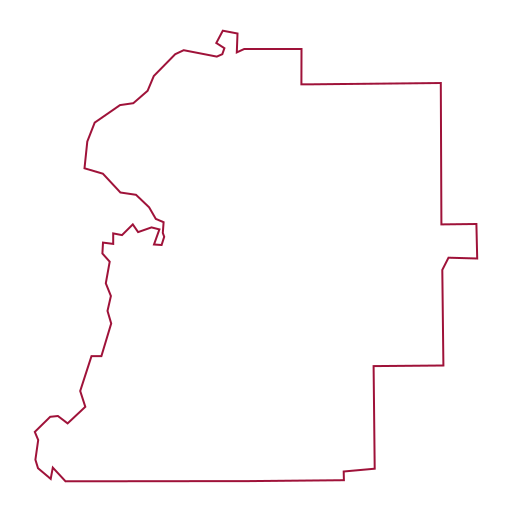 Marengo, Alabama, United States of America (Albers equal-area conic projection)
{"feature_id": "52423323B21011437681534", "entity_name": "Marengo", "entity_type": "district", "adm_level": 2, "iso_a3": "USA", "parent_name": "United States of America", "parent_adm1": "Alabama", "projection": "albers", "projection_center": [-87.905, 32.269], "detail": "fine", "context": "isolated", "style": "outline", "palette": "rose", "viewbox_px": 512, "rotation_deg": 0, "n_neighbors": 0, "source": "geoboundaries", "source_scale": "gbopen_adm2", "svg_char_len": 946}
<svg xmlns="http://www.w3.org/2000/svg" viewBox="0 0 512 512"><path d="M65.5,481.3L249.5,481.1L343.9,480.2L343.7,471.5L374.7,468.7L373.6,366.1L443.4,365.5L442.3,269.9L448.5,257.7L477.2,258.5L476.4,224.0L441.4,224.4L440.8,83.0L313.8,84.3L301.4,84.3L301.5,49.0L244.2,49.0L236.8,52.4L237.5,33.5L222.8,30.7L216.3,43.0L224.4,48.2L222.3,54.2L216.8,56.6L183.7,50.2L175.2,54.2L153.8,76.0L147.6,90.8L133.3,103.2L120.0,105.1L94.7,122.6L87.3,141.5L84.5,168.3L102.9,173.7L120.4,192.5L136.0,194.8L149.1,207.3L155.8,218.9L163.6,222.2L162.8,232.9L164.2,236.8L161.6,245.0L154.0,244.5L159.4,229.4L151.5,227.4L138.1,232.1L132.8,224.4L122.0,235.1L113.2,233.4L113.2,243.9L103.0,242.6L102.4,253.5L109.7,261.7L105.8,283.3L110.9,296.0L107.5,310.9L111.2,323.5L101.4,356.1L91.5,356.1L80.2,391.0L85.3,406.8L67.6,423.4L57.9,416.0L50.2,416.8L34.8,431.9L38.2,440.0L35.4,459.7L38.0,468.2L50.7,478.9L52.8,467.6L65.5,481.3Z" fill="none" stroke="#9f1239" stroke-width="2"/></svg>